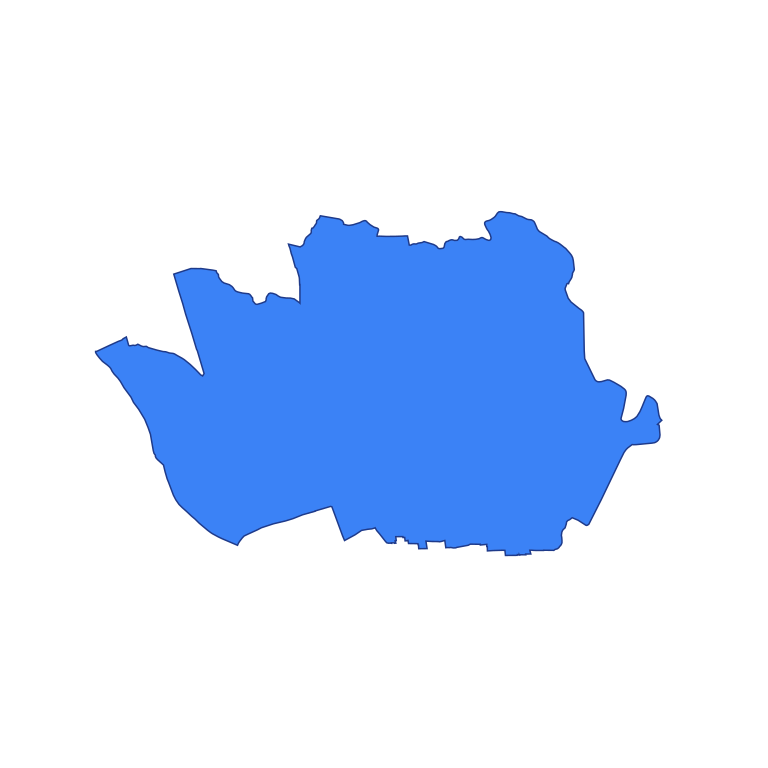 Funza, Cundinamarca, Colombia (Natural Earth projection), rotated 301°
{"feature_id": "7082276B8627668413751", "entity_name": "Funza", "entity_type": "district", "adm_level": 2, "iso_a3": "COL", "parent_name": "Colombia", "parent_adm1": "Cundinamarca", "projection": "natural_earth1", "projection_center": [-74.204, 4.746], "detail": "fine", "context": "isolated", "style": "filled", "palette": "blue", "viewbox_px": 768, "rotation_deg": 301, "n_neighbors": 0, "source": "geoboundaries", "source_scale": "gbopen_adm2", "svg_char_len": 6135}
<svg xmlns="http://www.w3.org/2000/svg" viewBox="0 0 768 768"><g transform="rotate(301 384 384)"><path d="M229.5,430.8L239.9,436.9L247.0,440.2L251.2,445.0L253.5,448.1L255.6,450.1L256.2,450.4L254.6,453.3L253.2,457.5L249.8,466.4L249.3,468.2L249.9,469.9L250.9,471.4L251.3,472.5L251.7,472.2L253.3,475.0L253.0,475.2L253.7,476.1L255.2,474.3L256.0,475.2L259.2,472.7L262.9,478.8L262.2,479.3L263.1,480.8L260.4,482.9L261.4,484.4L261.6,484.3L262.3,485.1L259.9,487.2L264.6,495.3L263.7,496.0L263.7,496.5L260.7,498.6L265.1,505.7L270.9,500.9L273.7,506.2L276.9,511.7L277.2,512.6L278.4,514.1L281.2,516.7L275.5,521.3L276.4,522.5L277.4,524.3L278.3,525.5L279.2,527.9L280.6,530.0L281.4,530.5L289.1,539.2L291.2,540.5L296.2,549.1L295.6,549.5L299.5,554.7L297.6,555.8L297.8,556.3L294.2,558.6L297.5,563.4L302.5,571.2L303.7,573.3L299.6,576.4L305.6,586.2L306.1,585.8L306.0,586.0L306.3,586.5L306.5,586.3L306.6,586.5L306.4,586.7L307.0,587.7L307.3,587.6L307.0,588.0L307.2,588.4L307.5,588.2L310.6,593.5L311.2,593.0L313.9,597.4L316.6,594.6L317.8,596.5L318.0,597.1L319.8,600.4L323.5,606.5L323.7,606.4L328.9,615.3L330.1,615.7L332.2,617.6L334.0,618.2L335.3,618.2L336.4,618.6L338.0,618.6L339.6,618.3L341.6,617.1L344.0,615.4L345.6,614.0L348.7,612.7L350.3,612.5L351.7,612.6L353.9,613.3L357.7,612.4L360.0,611.5L361.7,611.9L363.3,613.0L366.3,614.2L367.2,620.5L366.9,629.8L367.2,630.6L367.8,631.1L369.2,631.8L396.7,629.8L441.3,625.6L448.9,625.0L452.6,625.3L454.9,625.9L459.9,627.9L460.5,629.2L462.0,631.5L471.3,644.1L473.0,646.1L473.9,646.8L475.5,647.6L477.1,648.0L479.1,648.0L480.2,647.8L482.5,646.8L490.3,641.1L490.5,640.6L490.2,639.7L490.2,639.2L496.0,640.8L496.6,638.6L497.4,637.5L499.0,635.6L507.8,628.2L509.1,625.7L509.7,624.1L510.1,621.8L510.1,617.2L509.7,616.1L509.1,615.6L508.2,615.4L506.3,615.6L497.1,617.0L492.3,617.6L486.4,617.5L483.2,616.4L480.2,614.6L477.4,612.3L476.3,610.8L475.2,608.6L475.2,606.9L475.4,606.2L475.7,605.6L476.6,604.9L486.4,602.0L499.1,597.3L501.1,596.2L502.2,595.3L503.0,594.2L503.5,592.6L504.0,588.4L503.9,580.2L503.5,575.3L502.6,573.4L498.1,569.2L496.5,567.1L496.0,565.8L495.9,564.7L496.0,563.8L496.3,562.7L509.1,543.0L515.8,538.4L547.8,518.4L548.5,517.2L549.0,515.3L549.2,512.3L550.6,502.1L552.4,497.7L557.9,491.0L559.2,490.0L564.1,489.2L564.7,489.5L565.1,490.1L565.1,490.5L566.9,490.1L570.3,490.2L572.1,490.1L575.5,488.9L575.9,488.5L579.0,488.4L580.2,488.1L587.3,482.7L589.4,480.7L590.9,478.4L591.8,476.1L593.8,469.8L593.9,468.2L594.2,466.2L594.6,463.0L594.7,460.4L594.5,458.0L594.2,457.0L594.0,454.4L593.9,451.2L594.1,449.7L594.7,447.4L594.7,438.8L595.0,437.6L595.7,435.7L597.2,433.8L599.7,430.3L600.4,429.1L600.6,428.4L600.7,426.9L600.6,425.7L599.3,422.9L598.9,421.5L598.5,415.9L597.5,412.7L597.4,408.8L596.5,406.9L595.5,403.5L594.1,400.8L592.5,396.6L591.8,395.2L590.7,393.8L588.9,393.2L585.0,393.0L583.3,392.5L580.2,391.1L578.5,390.0L576.6,388.1L575.6,387.4L574.7,387.2L573.9,387.3L572.9,388.0L572.2,388.8L570.5,391.3L569.6,392.8L568.8,394.8L566.8,398.0L564.6,400.4L563.0,401.0L562.1,400.8L561.2,400.1L560.9,399.3L560.4,396.9L560.3,393.7L560.2,393.1L559.9,392.4L558.9,391.5L557.5,390.7L555.3,388.2L553.5,385.5L551.4,381.6L549.8,379.4L549.5,378.7L549.4,377.7L550.0,375.3L549.9,374.5L549.8,373.7L549.5,373.2L548.7,372.9L547.5,373.2L546.4,373.2L544.9,372.8L543.4,370.6L542.9,368.6L542.2,367.3L540.5,365.9L539.5,365.4L538.0,364.0L535.8,363.8L532.3,365.0L531.2,364.9L530.4,364.3L528.7,362.1L528.2,360.7L529.1,358.2L529.2,357.0L529.1,354.6L526.7,345.0L524.9,343.8L522.3,340.7L520.9,339.8L520.3,339.0L519.5,337.4L518.4,336.3L516.8,335.4L516.1,334.1L523.0,327.9L521.7,325.7L520.1,323.4L516.3,317.5L511.6,309.8L508.4,304.0L507.1,302.0L508.3,301.3L513.3,300.0L514.1,298.9L514.1,298.0L513.3,294.5L513.4,290.0L514.1,286.2L514.5,285.3L514.5,284.1L513.9,283.0L512.3,281.6L509.8,280.1L504.5,275.4L502.3,272.8L501.4,271.3L500.1,267.1L501.1,266.5L501.7,265.7L502.5,264.1L502.5,261.6L502.3,260.5L495.4,242.8L492.7,243.2L491.7,243.0L489.7,242.2L489.2,242.2L487.4,243.1L486.8,243.3L485.3,243.1L483.0,243.1L481.0,242.7L480.3,241.9L478.2,242.5L476.7,243.5L475.3,243.7L469.7,241.9L467.8,241.9L465.1,242.3L463.5,243.0L462.7,243.1L460.8,242.9L458.3,241.5L454.7,230.1L453.4,231.5L451.9,233.5L448.0,237.4L445.8,240.1L438.4,247.8L438.0,249.8L432.0,256.2L430.6,257.3L425.6,260.6L425.8,260.8L410.0,270.3L410.1,269.9L410.7,263.2L409.4,259.5L407.3,255.8L405.1,250.7L404.9,248.3L405.1,245.3L404.4,242.0L403.4,239.7L402.0,238.7L398.3,238.5L396.5,239.0L395.3,239.7L393.6,239.9L390.1,237.2L386.9,234.2L386.4,233.0L386.5,232.0L387.6,228.9L390.2,226.9L390.4,226.0L391.2,224.3L391.7,222.7L391.6,221.4L389.1,216.0L387.9,212.3L387.5,210.8L387.3,209.0L387.5,207.9L388.8,205.1L389.3,203.4L389.5,200.3L388.2,194.9L388.3,192.2L389.9,188.3L390.6,187.1L392.6,185.6L393.3,183.2L394.6,181.8L393.4,178.5L388.6,167.4L388.1,166.8L383.6,159.1L369.9,147.2L357.8,160.4L349.3,170.0L341.8,177.9L328.4,193.2L317.0,205.7L316.6,206.6L300.3,224.4L297.5,224.4L297.4,222.2L299.4,214.8L300.9,208.0L302.0,200.4L302.1,197.6L301.9,191.9L301.9,189.0L301.6,187.5L300.1,184.2L299.2,180.3L298.0,177.9L296.1,171.9L293.8,163.2L293.9,161.1L293.8,160.8L292.1,158.4L291.6,156.7L291.3,152.5L289.7,151.6L288.7,150.6L288.0,148.9L287.4,148.3L285.7,146.3L285.6,145.7L285.7,145.2L286.4,144.4L291.6,138.9L289.2,137.5L288.3,137.0L287.3,136.9L285.9,136.1L283.7,134.3L275.4,128.6L264.1,121.0L263.4,120.0L262.6,120.5L262.0,121.4L261.1,123.2L259.7,126.9L258.4,131.1L257.7,137.4L257.2,140.0L256.6,141.7L254.9,144.4L253.5,147.6L252.0,153.0L250.4,156.8L246.9,163.1L242.5,173.7L241.7,175.0L239.2,178.8L236.0,186.7L230.5,197.1L225.1,204.3L220.6,209.7L208.1,220.5L206.1,222.6L205.2,224.7L204.0,225.5L203.1,227.0L202.5,229.0L201.0,236.7L196.0,241.6L191.0,247.0L188.6,250.2L180.2,260.8L177.5,265.2L175.2,270.3L174.1,274.9L173.1,280.2L171.6,287.2L170.9,291.6L169.5,297.3L167.8,308.0L167.4,311.8L167.3,314.1L167.6,320.7L168.0,324.9L170.3,341.5L172.7,341.2L174.9,341.3L179.1,341.8L181.7,342.4L185.5,344.9L193.8,350.6L197.7,353.0L207.3,361.3L215.8,370.0L218.0,372.0L221.7,375.3L230.0,381.6L239.6,390.6L239.8,390.4L240.2,390.8L251.6,401.3L251.9,402.6L232.5,426.7L229.5,430.8Z" fill="#3b82f6" stroke="#1e3a8a" stroke-width="1.5"/></g></svg>